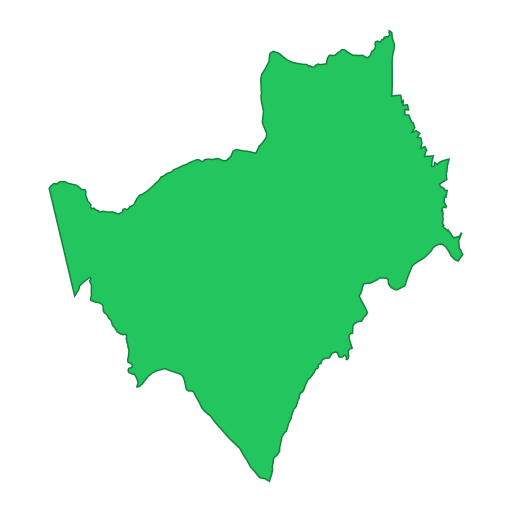 Coahuitlán, Veracruz, Mexico (Equal Earth projection)
{"feature_id": "50627088B66619946151873", "entity_name": "Coahuitlán", "entity_type": "district", "adm_level": 2, "iso_a3": "MEX", "parent_name": "Mexico", "parent_adm1": "Veracruz", "projection": "equal_earth", "projection_center": [-97.706, 20.267], "detail": "fine", "context": "isolated", "style": "filled", "palette": "green", "viewbox_px": 512, "rotation_deg": 0, "n_neighbors": 0, "source": "geoboundaries", "source_scale": "gbopen_adm2", "svg_char_len": 5979}
<svg xmlns="http://www.w3.org/2000/svg" viewBox="0 0 512 512"><path d="M137.0,387.0L138.9,386.7L142.1,384.1L148.0,376.5L152.2,373.0L156.1,371.0L164.8,368.6L169.3,370.4L181.1,374.4L183.6,377.9L184.5,380.8L186.3,389.3L188.4,391.0L190.9,390.9L193.4,391.6L195.9,396.5L199.5,402.8L201.4,407.1L203.9,410.6L210.8,416.4L214.9,422.0L229.1,438.2L239.8,448.4L243.7,455.5L246.7,459.9L250.5,466.8L254.5,471.3L259.6,477.7L265.2,478.8L269.4,481.3L271.8,473.9L272.6,469.3L272.2,466.9L273.2,462.7L273.5,458.9L274.6,457.0L275.7,456.4L277.9,454.0L279.6,451.2L279.7,447.3L280.0,446.2L280.9,442.1L281.5,439.5L281.8,437.2L284.2,433.1L285.4,431.9L286.3,431.5L286.7,429.9L287.5,428.0L287.8,426.3L288.4,424.0L290.3,419.9L291.1,418.4L291.6,415.6L292.4,412.9L294.0,409.1L296.2,406.5L297.4,402.5L298.0,400.1L299.0,398.4L299.7,394.6L300.8,392.7L302.4,392.1L303.3,390.7L304.0,389.3L305.1,385.9L306.3,383.3L307.6,380.1L310.2,377.6L311.9,375.8L312.6,374.4L314.4,372.0L314.8,370.7L315.8,369.1L317.6,368.4L318.5,367.0L318.3,364.5L319.8,363.9L320.9,363.7L321.6,361.0L322.8,359.3L324.7,358.7L326.3,358.0L327.9,358.2L329.6,357.7L330.6,355.4L332.2,353.2L335.7,351.9L337.7,353.2L338.9,356.5L339.6,357.2L342.9,356.9L343.9,355.5L345.3,355.2L346.3,357.1L346.3,359.4L347.1,359.6L348.1,358.5L348.7,356.6L348.6,355.1L348.2,351.7L349.4,349.1L352.2,348.1L349.4,339.7L349.0,335.2L350.7,333.4L352.5,333.3L352.7,330.5L352.8,326.4L354.1,324.0L357.3,321.9L361.7,321.1L364.0,317.0L366.0,315.1L367.5,312.8L366.1,309.6L364.9,307.0L361.1,300.0L359.0,295.7L360.3,294.4L361.8,290.5L362.4,287.6L363.8,283.8L371.0,283.0L376.3,280.1L377.0,280.0L379.6,277.9L386.4,278.2L388.2,279.4L388.5,284.0L391.3,287.7L395.1,289.7L397.7,289.7L401.5,287.5L404.9,285.8L407.6,277.4L412.0,266.5L413.5,264.7L418.6,261.1L422.8,258.8L425.8,256.4L431.2,251.0L433.2,247.6L435.4,245.9L438.0,244.6L441.9,244.0L445.7,246.8L448.5,250.8L451.4,256.3L455.0,259.8L458.1,261.0L462.8,254.5L461.7,252.9L461.0,250.6L460.3,249.5L459.3,248.4L458.7,240.7L461.6,233.3L461.2,233.1L460.2,235.4L458.6,236.7L458.0,236.6L453.6,237.9L448.7,230.6L448.0,229.8L447.4,230.8L445.1,228.4L444.2,228.1L442.8,226.2L443.9,225.4L442.1,222.1L443.0,221.2L443.0,218.0L442.6,215.5L443.1,214.1L442.5,210.2L441.7,210.6L442.4,208.2L443.9,207.1L445.8,207.8L446.4,206.8L446.4,205.8L445.3,205.1L445.1,203.5L443.7,202.3L444.2,201.0L444.4,197.2L445.9,197.4L446.4,195.0L447.2,190.5L445.3,190.4L444.5,189.1L443.1,187.7L440.5,186.7L439.4,184.2L443.1,181.8L446.9,179.6L446.3,175.9L446.4,171.8L446.8,171.8L447.3,166.5L448.3,161.8L448.9,160.2L449.0,159.0L441.3,161.3L438.2,163.2L437.5,164.6L434.7,162.5L434.1,166.4L431.7,166.5L432.0,161.4L433.3,155.9L424.5,156.5L425.7,151.5L426.7,150.5L424.9,146.7L420.8,148.2L421.9,143.1L421.0,138.2L417.2,137.4L419.9,133.4L416.1,130.7L411.9,132.3L414.8,127.7L413.2,122.9L412.3,123.0L410.5,119.5L408.9,115.1L404.9,114.7L404.8,109.5L408.6,110.0L407.5,104.7L403.0,105.4L403.3,100.7L401.7,102.2L401.5,98.9L400.8,95.3L396.9,95.4L391.8,96.0L392.3,84.6L392.2,79.2L392.2,68.1L392.1,62.9L392.4,57.3L393.1,53.1L394.1,49.1L394.3,47.0L394.5,45.2L393.7,42.2L392.3,37.9L392.0,35.4L391.9,32.8L390.3,31.3L389.2,30.7L389.0,32.5L389.5,33.8L389.4,35.2L388.3,36.6L384.8,37.0L384.2,37.2L383.7,39.0L383.3,39.6L382.7,39.5L381.8,39.8L380.8,41.5L379.8,42.2L377.8,41.1L376.6,41.4L375.4,42.0L375.0,43.8L375.5,46.1L374.8,48.8L373.1,50.7L371.7,51.5L370.7,54.5L369.9,55.9L368.0,57.5L365.7,57.3L364.2,56.1L362.6,55.3L358.3,55.5L356.9,55.3L355.3,55.2L354.4,55.4L352.6,55.2L351.8,54.5L350.7,54.2L349.6,53.0L348.4,52.9L345.1,50.1L343.3,49.6L341.5,49.8L340.4,51.2L337.7,52.8L336.4,54.1L335.1,55.2L332.8,55.5L331.3,55.2L329.3,55.4L327.5,58.2L326.6,62.7L326.6,63.8L320.0,64.7L318.1,64.0L316.8,64.9L315.5,65.2L315.1,66.1L314.0,67.0L312.2,67.3L311.1,66.4L309.6,65.7L308.5,66.4L307.8,65.2L306.8,64.5L305.9,64.4L303.7,64.4L298.8,63.7L292.6,62.4L286.7,59.8L280.6,54.6L278.6,53.1L273.2,51.3L270.9,52.8L269.7,54.2L269.0,61.6L265.0,69.2L261.6,74.4L260.8,79.2L261.2,91.3L261.6,92.6L261.0,95.9L261.2,100.0L261.4,101.4L263.5,111.3L262.3,122.6L266.7,133.6L266.4,137.2L262.6,142.6L259.0,146.4L257.6,149.7L255.8,153.2L247.0,151.1L243.6,151.0L236.5,149.6L234.1,150.5L233.1,151.2L231.2,155.7L230.2,157.0L227.4,159.6L226.0,160.7L222.9,160.7L218.4,158.6L215.6,158.7L215.1,159.2L211.0,159.5L209.9,159.1L205.7,159.4L204.7,159.7L203.3,161.3L203.1,161.2L201.6,161.5L198.7,159.7L196.9,159.7L189.4,162.7L186.3,164.5L183.5,165.3L177.6,168.2L173.7,169.8L171.7,171.7L170.3,172.4L167.1,173.4L162.8,176.5L161.2,176.8L158.4,181.2L156.0,182.9L153.3,185.8L148.0,190.4L142.8,194.1L139.8,195.1L136.8,198.8L133.6,205.1L129.8,206.6L129.6,207.3L127.6,209.5L127.1,209.7L124.9,208.8L123.0,209.4L122.5,211.9L118.5,214.0L112.2,211.8L110.2,212.1L106.4,211.9L103.4,211.2L99.5,212.2L98.5,210.8L97.5,210.4L96.4,210.2L93.7,208.1L91.6,208.7L90.5,207.0L90.8,204.5L87.5,200.7L86.9,198.2L85.6,195.1L85.9,192.0L85.3,190.0L81.6,189.4L76.5,185.2L68.2,183.4L64.5,181.5L59.2,181.9L57.8,183.6L56.7,183.8L53.6,183.6L49.6,187.5L49.2,188.4L74.7,296.0L78.8,289.4L79.6,286.0L80.3,285.2L83.4,282.3L85.9,280.1L87.2,279.4L87.8,278.8L89.9,277.3L91.0,278.5L89.6,280.8L90.2,282.8L91.4,284.6L91.3,293.0L91.6,295.4L90.7,297.6L90.5,299.7L90.9,300.4L95.0,302.0L96.8,302.4L97.7,302.4L99.4,302.9L101.8,304.2L102.5,305.0L103.2,306.6L103.3,310.6L103.7,311.9L105.5,313.7L106.4,314.3L107.4,315.5L107.9,316.3L108.6,318.2L109.8,319.2L111.0,320.5L111.4,321.3L112.4,325.1L114.6,327.4L115.7,329.4L116.7,330.7L117.1,331.8L119.2,332.9L120.2,333.9L123.1,334.7L124.4,334.4L125.8,334.3L126.5,335.2L126.6,337.4L126.2,338.9L126.8,340.2L126.9,342.0L127.2,343.1L127.7,343.8L127.8,345.0L128.0,347.2L129.0,349.9L128.9,350.5L128.7,353.8L128.3,357.2L127.9,358.7L127.7,359.5L127.8,361.5L128.1,362.2L131.6,364.1L132.4,365.6L132.3,366.8L131.1,367.7L128.8,368.4L128.4,369.1L128.2,369.8L128.2,370.8L128.5,372.0L129.0,372.6L132.8,374.2L134.3,374.1L135.7,376.3L136.9,378.8L137.8,381.5L137.9,382.6L137.9,383.9L137.4,385.1L137.0,385.7L136.9,386.5L137.0,387.0Z" fill="#22c55e" stroke="#15803d" stroke-width="1.5"/></svg>